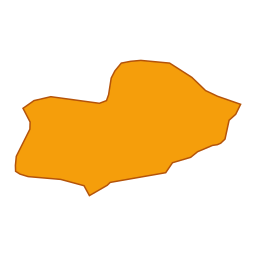 Železniki, Robinson projection
{"feature_id": "SVN-1020", "entity_name": "Železniki", "entity_type": "Municipality", "adm_level": 1, "iso_a3": "SVN", "parent_name": "Slovenia", "parent_adm1": "", "projection": "robinson", "projection_center": [14.116, 46.221], "detail": "fine", "context": "isolated", "style": "filled", "palette": "amber", "viewbox_px": 256, "rotation_deg": 0, "n_neighbors": 0, "source": "natural_earth", "source_scale": "10m", "svg_char_len": 574}
<svg xmlns="http://www.w3.org/2000/svg" viewBox="0 0 256 256"><path d="M169.6,63.1L191.9,77.4L205.6,90.6L217.6,96.3L240.6,104.3L235.7,114.3L229.1,120.2L225.0,139.1L220.7,143.2L217.3,144.7L212.5,145.4L197.6,151.7L190.7,157.3L172.5,162.7L165.7,172.7L110.2,182.4L107.2,185.3L89.4,195.6L84.0,185.7L60.7,179.4L28.1,176.6L20.0,174.1L15.6,171.3L15.4,165.4L16.3,156.3L29.9,129.2L30.1,122.0L23.0,108.3L34.0,100.6L50.8,96.7L99.4,103.3L106.5,100.6L108.6,94.7L111.2,78.1L114.9,70.9L121.3,63.1L130.7,61.3L140.8,60.4L169.6,63.1Z" fill="#f59e0b" stroke="#b45309" stroke-width="1.5"/></svg>